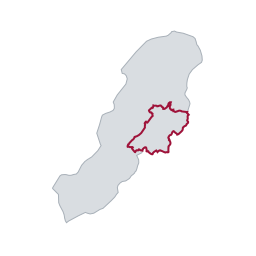 Slovakia, with Žilinský highlighted, rotated 133°
{"feature_id": "SVK-1053", "entity_name": "Žilinský", "entity_type": "Region", "adm_level": 1, "iso_a3": "SVK", "parent_name": "Slovakia", "parent_adm1": "", "projection": "natural_earth1", "projection_center": [19.144, 49.173], "detail": "fine", "context": "in_parent", "style": "outline", "palette": "rose", "viewbox_px": 256, "rotation_deg": 133, "n_neighbors": 0, "source": "natural_earth", "source_scale": "10m", "svg_char_len": 5682}
<svg xmlns="http://www.w3.org/2000/svg" viewBox="0 0 256 256"><g transform="rotate(133 128 128)"><path d="M239.2,108.4L238.6,110.5L237.1,112.9L235.1,115.4L233.5,118.4L231.3,124.8L229.9,127.7L224.0,133.6L223.7,141.8L222.9,142.4L209.4,145.1L207.6,144.7L205.8,143.1L204.7,142.0L204.1,141.1L202.9,138.9L201.3,137.3L199.0,136.0L196.9,134.4L194.2,134.4L186.9,136.5L181.9,136.7L178.5,136.1L174.0,134.8L165.2,134.6L159.2,135.7L158.6,137.3L153.1,147.3L145.1,151.0L138.1,154.7L136.1,155.5L132.6,154.3L128.6,152.1L125.3,150.9L122.9,151.4L120.3,154.0L119.1,156.5L111.2,158.4L97.3,159.5L92.5,162.1L90.9,165.1L90.8,167.5L92.0,169.5L90.5,171.8L89.9,172.8L80.1,173.3L67.0,174.0L59.3,173.8L51.9,173.6L47.0,171.6L40.9,167.7L34.5,162.5L33.9,162.4L32.9,161.9L28.9,161.5L27.8,161.8L25.4,160.1L24.7,157.9L21.0,152.2L16.9,142.7L16.8,140.0L18.5,136.9L20.1,134.5L20.3,132.6L20.5,132.1L21.8,128.2L24.9,123.0L27.7,120.0L29.8,119.0L34.0,119.9L41.3,120.7L46.9,120.0L52.1,117.6L55.0,115.6L57.4,113.5L58.2,112.1L59.3,111.5L63.6,110.2L65.0,108.8L65.6,106.1L66.0,103.1L66.9,100.8L68.0,99.2L76.0,95.3L76.7,93.9L78.0,92.5L80.3,91.0L82.6,88.9L85.0,87.5L88.1,87.7L91.0,87.4L93.2,86.7L94.2,86.6L98.4,87.2L99.1,89.7L99.5,92.3L106.6,92.1L110.5,86.5L112.6,85.9L115.8,83.9L118.0,82.2L119.5,83.3L121.6,86.9L123.9,89.7L125.2,90.9L125.4,91.8L126.7,92.3L129.3,92.6L131.0,93.5L131.5,96.2L131.5,98.6L130.7,100.3L130.3,101.9L132.1,102.5L134.7,101.9L136.6,101.0L142.1,103.0L144.0,98.5L146.2,96.3L149.1,95.2L151.6,93.8L154.0,92.8L155.6,92.9L156.3,92.5L158.3,92.6L160.7,93.0L163.9,92.5L168.3,93.6L171.0,95.7L173.7,96.3L176.8,96.2L178.9,95.1L181.9,91.2L184.1,91.2L187.6,90.6L192.5,90.7L203.8,91.5L206.7,93.0L213.6,94.9L216.7,97.1L218.1,99.8L218.8,101.6L226.0,104.4L236.6,108.0L239.2,108.4Z" fill="#d9dde1" stroke="#a8b0b8" stroke-width="1"/><path d="M118.1,82.0L118.3,82.1L118.6,82.2L119.3,83.2L119.6,83.5L120.5,84.0L120.9,85.0L121.7,87.5L122.3,89.1L122.5,89.4L123.2,89.8L124.0,90.0L125.5,90.0L125.4,90.4L125.3,90.6L125.3,91.4L125.2,92.0L127.5,92.6L128.3,92.7L129.1,92.7L130.4,92.2L130.8,92.4L131.2,93.4L131.4,94.2L131.6,96.6L131.5,96.8L131.2,97.2L131.2,97.4L131.4,97.6L131.9,97.9L132.0,98.0L132.3,98.3L132.4,98.5L132.3,98.8L132.0,98.9L131.8,99.0L131.6,99.1L130.1,101.1L130.0,101.8L130.5,102.4L131.5,102.7L133.3,102.8L134.1,102.5L134.7,102.0L135.6,103.4L135.8,103.8L135.9,104.2L135.9,104.8L136.0,105.2L136.2,105.4L136.3,105.5L136.5,105.4L136.8,105.2L137.0,105.2L137.3,105.2L137.5,105.4L137.7,105.6L138.0,106.1L138.1,106.3L138.3,106.3L138.4,106.2L138.6,106.3L138.7,106.5L138.8,106.6L139.1,106.7L139.8,106.6L140.4,106.4L140.6,106.3L140.8,106.3L140.9,106.5L140.9,106.9L140.7,108.4L140.7,108.9L140.6,109.3L140.4,110.1L140.4,110.7L140.3,111.0L140.2,111.1L139.9,111.1L139.5,111.3L139.3,111.3L139.0,111.3L138.9,111.3L138.9,111.7L140.2,113.1L140.5,113.3L140.7,113.5L140.8,113.8L140.8,114.2L141.0,114.7L141.1,114.9L141.2,115.0L141.3,115.1L141.5,115.2L141.9,115.2L142.0,115.4L141.9,115.6L141.5,115.9L141.1,116.2L139.8,116.7L139.2,116.4L138.9,116.4L138.2,116.7L137.7,116.7L133.9,116.7L132.8,116.4L132.4,116.4L130.6,116.8L130.1,117.1L129.8,117.0L129.6,116.8L129.5,116.7L129.4,116.6L128.9,116.5L128.7,116.4L128.5,116.2L128.2,116.0L125.7,115.2L122.7,114.9L116.2,115.9L114.9,117.2L114.0,117.6L113.6,118.1L113.5,118.3L113.5,118.6L113.4,118.8L113.1,119.0L112.9,119.1L111.3,119.3L111.2,119.3L111.1,119.2L111.3,118.9L111.5,118.9L111.5,118.6L111.4,118.2L111.2,117.9L111.0,117.6L110.9,117.5L110.6,117.5L104.1,118.3L102.3,118.2L101.8,119.1L101.7,119.2L101.5,119.4L100.9,119.7L100.8,119.8L101.0,120.6L101.1,120.9L101.0,121.1L100.9,121.3L100.7,121.4L100.7,121.5L101.0,122.1L101.5,122.5L101.5,123.0L101.4,123.6L101.3,123.9L100.8,124.7L97.5,124.5L96.8,124.4L96.7,124.2L96.5,123.9L96.4,123.8L96.4,123.7L95.9,123.8L94.2,124.8L94.1,124.4L94.0,124.2L92.6,122.8L92.4,122.4L92.2,122.2L92.1,121.8L92.1,121.7L92.2,121.4L91.9,121.2L91.3,120.7L91.1,120.7L90.9,120.6L90.7,120.5L90.5,120.4L90.4,120.4L89.5,119.7L89.3,119.5L89.2,119.4L89.2,119.1L89.3,118.8L89.3,118.6L89.2,118.3L89.2,118.1L89.3,118.0L89.4,117.7L89.4,117.3L89.1,116.5L89.1,116.3L89.2,116.2L89.3,116.1L89.3,115.9L89.4,115.7L89.5,115.7L89.8,115.5L89.8,115.4L90.0,115.2L89.2,114.4L88.9,114.2L88.1,114.1L86.5,113.7L85.2,114.1L84.9,114.1L84.5,113.5L84.4,113.5L83.8,113.9L83.8,114.0L83.7,114.2L83.6,114.4L83.3,114.6L82.3,115.1L82.0,115.1L81.8,115.1L81.3,115.0L80.6,114.9L80.3,114.6L80.0,114.2L81.2,113.7L81.3,113.6L81.6,113.4L81.9,112.8L82.2,112.6L82.4,112.5L83.6,112.2L84.0,112.0L84.4,111.5L84.9,110.9L85.1,110.6L85.2,110.3L85.1,109.6L85.1,109.4L85.2,109.2L85.2,108.9L85.3,108.7L85.2,108.5L85.2,108.4L84.9,108.3L84.9,108.2L84.7,108.0L84.7,107.9L84.5,107.7L84.4,107.7L83.8,107.5L83.7,107.5L83.6,107.4L84.8,106.3L84.3,105.7L84.2,105.4L84.2,105.2L84.2,104.8L84.1,104.6L83.8,104.2L83.6,104.1L82.9,103.7L82.7,103.6L82.3,103.5L81.9,103.1L81.7,103.1L80.5,102.5L80.3,102.3L80.1,102.1L79.6,101.3L79.5,101.2L79.3,100.7L79.3,100.4L79.3,100.2L79.2,100.0L76.8,96.7L76.7,96.5L76.7,96.4L76.7,96.0L76.0,95.8L75.8,95.6L76.8,95.0L76.8,93.2L76.9,92.6L78.0,92.8L78.9,92.3L80.5,90.6L81.8,90.1L82.2,89.8L82.3,89.4L82.4,88.4L82.7,88.0L83.5,87.6L85.2,87.8L86.3,87.3L86.6,87.3L86.8,87.3L88.1,87.9L89.2,88.1L90.3,88.1L91.9,86.9L92.7,86.6L94.3,86.6L98.1,86.9L99.3,87.5L98.9,88.3L99.0,89.0L99.1,89.7L99.2,90.4L99.1,92.1L99.3,92.6L100.1,92.8L101.0,92.7L102.6,92.0L103.4,91.8L103.8,91.9L104.5,92.4L104.9,92.5L105.3,92.5L106.3,92.4L107.5,92.0L107.8,91.6L107.9,91.0L108.2,90.0L108.3,90.0L108.8,90.0L108.9,89.9L109.0,89.5L108.9,89.3L108.8,89.1L108.7,89.1L109.4,87.5L109.9,86.8L110.5,86.3L111.1,86.0L111.9,85.9L113.1,85.9L113.5,85.9L114.0,85.7L114.3,85.5L117.7,82.4L117.8,82.1L118.1,82.0Z" fill="none" stroke="#9f1239" stroke-width="2"/></g></svg>